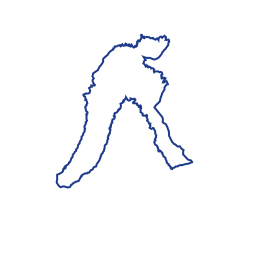 the district of Likila, Butha-Buthe, Lesotho, rotated 47°
{"feature_id": "5366337B33433866284044", "entity_name": "Likila", "entity_type": "district", "adm_level": 2, "iso_a3": "LSO", "parent_name": "Lesotho", "parent_adm1": "Butha-Buthe", "projection": "albers", "projection_center": [28.423, -28.762], "detail": "fine", "context": "isolated", "style": "outline", "palette": "blue", "viewbox_px": 256, "rotation_deg": 47, "n_neighbors": 0, "source": "geoboundaries", "source_scale": "gbopen_adm2", "svg_char_len": 5786}
<svg xmlns="http://www.w3.org/2000/svg" viewBox="0 0 256 256"><g transform="rotate(47 128 128)"><path d="M125.8,216.9L126.2,215.5L127.6,214.3L130.3,212.7L131.5,210.9L131.5,210.0L130.8,208.7L131.1,208.0L130.9,206.3L131.2,205.9L131.1,204.5L131.8,203.4L131.8,202.7L133.1,200.1L131.5,195.7L131.8,195.0L131.1,194.5L131.1,193.6L132.0,190.3L133.3,188.8L133.3,187.7L134.0,187.2L134.0,185.7L133.6,184.9L133.5,183.9L134.0,183.1L134.1,181.9L133.3,179.7L134.4,177.5L133.3,176.0L131.9,170.3L131.2,169.4L131.1,168.6L130.0,167.3L130.1,166.8L129.0,165.3L129.2,164.0L128.3,162.0L128.3,161.2L127.0,159.5L126.9,158.9L125.3,157.4L124.8,156.0L125.1,154.7L123.9,152.4L123.1,151.9L122.6,150.7L122.6,149.9L121.1,149.3L121.0,148.4L120.1,147.6L120.2,146.9L119.4,146.1L119.6,145.0L118.0,143.2L117.6,142.3L116.7,141.6L115.9,142.1L115.3,141.4L115.2,140.5L115.5,139.8L114.6,138.8L114.2,138.9L114.0,138.6L113.9,137.7L113.3,137.0L113.4,135.8L112.6,135.6L111.2,133.4L111.8,132.7L111.7,131.1L111.1,130.8L110.6,129.7L110.3,129.8L110.3,130.2L109.6,130.2L109.6,129.5L108.2,128.0L108.1,127.4L108.6,126.9L108.9,125.2L108.8,123.8L108.1,122.8L108.6,122.0L108.1,121.3L108.6,120.6L108.5,120.1L106.9,117.9L105.1,116.9L105.9,114.6L104.8,112.9L104.8,112.5L105.5,112.6L105.3,112.1L104.7,111.9L104.8,111.2L105.0,111.1L104.6,109.2L104.1,108.5L107.2,109.2L108.7,108.6L109.2,107.3L108.1,105.9L110.1,105.0L110.8,103.4L111.8,103.2L112.7,103.6L112.8,106.8L113.4,107.3L116.1,104.7L116.7,104.9L117.3,105.6L118.4,105.1L120.0,105.8L120.5,105.4L119.7,104.3L120.0,103.5L120.7,103.6L122.3,104.6L122.6,105.1L122.5,106.0L123.8,106.7L124.8,108.0L127.3,107.5L128.0,107.8L128.6,108.7L129.1,108.6L130.6,107.1L131.1,106.9L131.1,105.6L131.7,105.4L132.1,105.7L132.7,106.9L134.2,107.6L135.0,107.7L135.6,109.0L137.2,108.8L139.2,109.6L140.1,108.7L141.2,110.2L141.9,110.3L142.5,112.0L143.4,112.0L144.8,111.3L145.0,109.7L145.4,109.4L149.1,110.4L150.1,111.5L151.6,112.2L152.6,112.3L153.4,113.6L153.9,113.7L154.6,116.1L155.7,116.2L155.8,116.5L155.5,116.9L156.0,117.5L156.3,118.5L157.9,119.2L158.6,119.4L160.6,118.9L161.8,119.4L162.4,119.2L162.9,119.8L164.7,120.4L164.8,121.1L165.2,121.4L166.3,121.4L166.5,120.1L167.1,119.8L168.2,120.0L169.4,119.8L169.9,120.4L170.8,120.4L173.0,121.4L175.4,120.9L176.5,121.8L178.6,122.4L179.2,123.1L181.2,123.3L182.1,122.9L183.0,123.6L184.0,123.2L184.9,123.6L185.7,123.3L187.0,124.3L188.2,123.6L187.8,122.7L188.6,121.1L188.7,119.3L189.9,118.0L190.0,116.8L191.2,114.4L191.8,114.2L193.9,110.1L195.3,108.1L196.7,104.4L194.9,104.0L192.0,105.7L184.9,105.7L182.7,103.6L182.0,102.4L179.8,103.0L176.6,102.6L175.7,104.1L175.0,104.4L172.3,104.6L171.3,105.2L168.2,105.2L161.8,103.3L157.9,100.1L156.3,99.7L155.0,98.9L151.1,97.7L148.4,98.6L147.3,98.6L145.6,96.6L143.4,95.5L131.0,94.6L130.4,92.3L130.4,88.0L130.1,86.3L128.1,83.5L126.4,80.0L125.9,79.4L124.8,75.2L123.3,73.7L122.6,70.6L122.6,70.1L123.2,69.0L120.0,67.9L119.2,69.3L119.4,70.3L119.2,70.6L118.8,70.5L118.4,71.2L117.9,70.4L118.1,69.7L117.7,68.9L117.6,67.1L117.2,66.7L116.1,67.1L116.1,67.9L114.6,68.2L115.0,69.1L115.0,69.5L114.6,69.6L112.0,67.7L112.3,66.4L110.8,65.5L110.2,65.5L109.2,65.9L108.6,67.1L107.6,67.1L107.0,67.5L105.0,69.9L105.0,70.8L103.7,70.1L103.1,68.9L101.6,69.0L101.1,69.2L100.3,70.5L99.0,70.1L97.3,70.8L97.5,71.7L97.0,72.1L95.1,71.6L95.4,72.6L95.2,73.1L93.0,72.5L91.2,72.7L90.0,70.3L89.9,69.7L90.3,68.8L86.7,68.1L89.0,66.9L91.8,64.1L95.8,62.2L97.0,59.7L97.4,57.3L97.0,53.6L95.9,50.8L96.1,50.2L95.6,48.6L95.8,47.2L94.7,41.9L93.7,41.0L92.8,38.9L92.5,39.0L92.4,38.6L91.1,38.0L89.9,39.7L89.4,39.6L89.1,40.2L88.8,39.6L88.1,39.2L88.0,38.7L87.5,38.3L85.5,38.4L85.6,39.4L85.2,39.9L85.3,41.5L84.0,41.3L83.2,42.2L83.4,44.6L84.4,45.7L83.8,45.6L83.4,45.1L83.0,45.0L82.1,45.9L82.3,47.2L82.1,47.7L81.0,48.2L79.1,48.3L79.1,49.0L78.6,49.2L77.7,50.4L75.8,50.7L75.2,51.5L74.3,51.9L73.5,53.4L73.4,54.9L73.0,55.0L72.3,54.4L72.1,55.4L71.7,55.5L71.3,55.4L71.1,54.8L69.3,54.4L69.0,54.7L69.0,55.0L69.5,54.8L70.1,55.7L70.9,55.8L71.3,57.5L71.9,58.2L71.8,59.3L72.4,59.8L72.0,60.2L72.4,60.5L72.3,60.9L71.4,61.7L71.0,61.5L71.1,62.2L71.4,62.2L71.4,62.7L71.8,63.2L72.9,63.6L72.8,64.5L74.0,65.3L73.7,65.9L73.9,66.7L72.9,66.8L72.9,67.6L73.3,68.0L73.2,68.8L71.2,69.1L69.9,68.7L70.5,69.9L70.2,70.6L69.5,70.8L68.7,69.9L67.8,70.0L67.5,70.4L68.2,70.7L68.4,71.4L67.9,71.8L66.5,72.3L65.4,72.0L64.7,72.2L64.8,72.8L65.7,72.8L66.0,73.4L64.7,75.3L62.9,75.0L62.8,75.9L63.4,77.2L63.3,77.7L62.8,77.8L62.5,77.0L62.0,77.2L60.8,79.4L60.6,80.7L59.3,82.2L60.0,82.9L60.1,83.8L59.7,84.5L60.6,85.5L60.1,86.3L59.9,88.9L60.0,91.2L60.6,92.3L60.6,95.2L60.3,95.8L60.6,96.6L60.4,98.3L60.9,99.6L62.5,100.8L62.9,101.9L63.7,105.3L63.7,106.9L65.1,110.5L64.3,116.2L66.0,118.8L68.4,119.2L68.7,121.1L69.2,121.6L71.1,122.6L74.0,122.9L74.0,123.6L71.9,125.7L73.1,126.3L72.6,127.0L72.2,129.2L74.8,130.1L76.0,131.9L76.0,132.8L75.3,134.1L74.0,135.2L73.8,136.4L73.2,137.5L73.4,138.2L74.7,138.5L75.8,138.0L77.6,139.2L78.3,139.2L78.4,139.8L78.9,139.3L82.3,141.0L82.5,142.4L83.2,142.9L83.2,144.4L83.7,144.7L83.7,145.1L86.8,146.9L87.7,147.1L88.5,146.8L89.1,147.1L89.8,147.9L89.5,149.1L90.6,149.5L90.8,150.2L91.7,150.8L92.9,152.1L94.1,152.8L94.5,152.8L94.9,153.9L94.9,154.9L95.8,155.3L96.1,156.3L96.7,157.4L96.7,158.0L97.5,159.2L99.4,159.9L99.3,160.5L100.9,162.0L101.4,164.3L102.4,165.7L102.9,168.3L104.2,169.2L105.2,172.7L106.3,174.1L106.2,175.5L108.2,178.6L108.3,180.6L109.3,181.5L109.2,183.3L109.6,184.1L110.0,186.7L111.6,188.6L111.3,189.5L113.3,193.5L113.0,194.8L113.6,195.4L113.7,197.2L113.4,198.0L113.5,199.2L113.1,199.6L113.4,200.2L114.3,200.4L114.5,200.8L113.3,200.7L113.3,201.1L113.4,201.5L114.0,201.9L114.2,202.4L113.9,203.0L114.5,203.5L114.4,204.2L115.2,204.9L115.4,206.2L114.8,209.4L113.9,211.4L114.1,212.0L117.4,214.9L117.9,215.9L119.4,217.4L122.9,218.0L125.0,217.8L125.8,216.9Z" fill="none" stroke="#1e3a8a" stroke-width="2"/></g></svg>